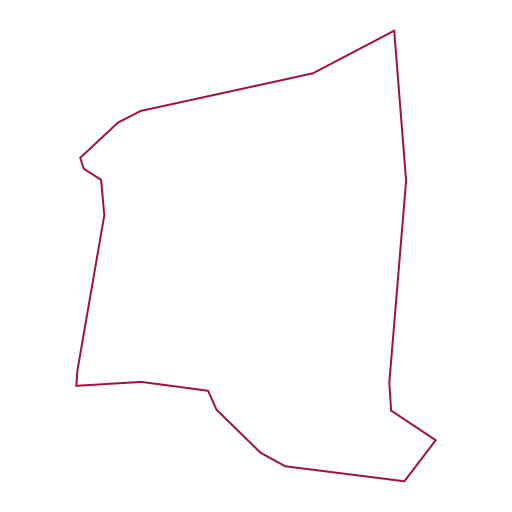 map outline of Rogašovci (Equal Earth projection)
{"feature_id": "SVN-931", "entity_name": "Rogašovci", "entity_type": "Municipality", "adm_level": 1, "iso_a3": "SVN", "parent_name": "Slovenia", "parent_adm1": "", "projection": "equal_earth", "projection_center": [16.013, 46.801], "detail": "fine", "context": "isolated", "style": "outline", "palette": "rose", "viewbox_px": 512, "rotation_deg": 0, "n_neighbors": 0, "source": "natural_earth", "source_scale": "10m", "svg_char_len": 383}
<svg xmlns="http://www.w3.org/2000/svg" viewBox="0 0 512 512"><path d="M299.2,76.3L313.1,73.2L394.2,30.7L406.1,180.7L389.3,382.7L391.1,410.6L435.7,440.2L404.4,481.3L285.3,466.3L260.6,452.8L216.5,409.7L208.1,390.8L141.3,381.9L76.3,385.8L77.4,370.6L104.3,215.3L101.1,179.9L83.8,168.8L80.2,157.8L117.9,122.6L140.8,110.9L299.2,76.3Z" fill="none" stroke="#9f1239" stroke-width="2"/></svg>